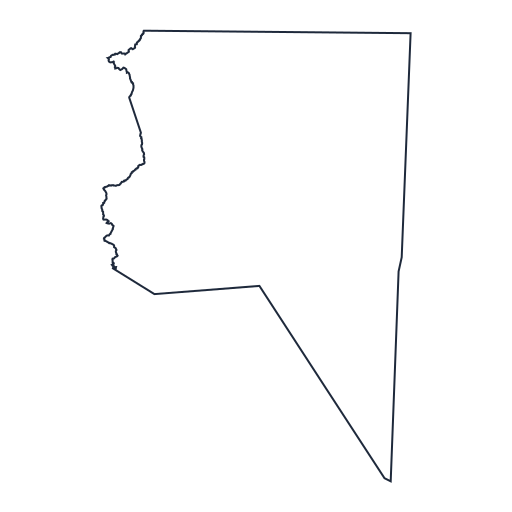 the district of Lago Buenos Aires, Santa Cruz, Argentina
{"feature_id": "61730980B62951780268980", "entity_name": "Lago Buenos Aires", "entity_type": "district", "adm_level": 2, "iso_a3": "ARG", "parent_name": "Argentina", "parent_adm1": "Santa Cruz", "projection": "albers", "projection_center": [-71.373, -47.161], "detail": "fine", "context": "isolated", "style": "outline", "palette": "slate", "viewbox_px": 512, "rotation_deg": 0, "n_neighbors": 0, "source": "geoboundaries", "source_scale": "gbopen_adm2", "svg_char_len": 5790}
<svg xmlns="http://www.w3.org/2000/svg" viewBox="0 0 512 512"><path d="M143.9,30.7L143.6,31.0L143.5,31.3L143.5,31.6L143.4,32.2L143.7,32.7L143.7,32.9L143.3,33.3L143.3,33.7L143.1,34.0L142.8,34.1L142.5,34.1L142.3,34.4L142.2,34.3L142.0,34.5L142.1,34.9L142.0,35.2L141.2,35.6L140.9,35.9L140.9,36.0L141.0,36.1L140.9,36.4L141.1,36.9L140.9,37.3L140.8,37.9L140.8,38.4L140.2,38.8L140.1,39.2L139.7,39.7L139.9,39.9L139.8,40.1L139.6,40.2L139.3,40.7L139.0,40.9L138.7,40.9L138.5,41.3L138.2,41.4L138.1,41.7L137.9,41.8L137.7,42.0L136.9,42.5L136.8,42.9L136.9,43.8L136.8,44.2L136.2,44.2L136.0,44.3L135.6,44.4L135.2,44.5L135.2,45.2L135.0,45.7L134.9,46.6L135.1,47.1L135.1,47.5L135.0,47.8L134.5,48.2L133.9,48.5L132.8,49.2L132.4,49.2L132.2,48.9L131.8,48.5L131.1,48.1L130.2,48.6L129.8,49.1L129.4,49.3L128.6,50.0L128.6,50.7L128.8,51.2L128.9,51.6L128.7,52.0L127.4,52.7L126.9,53.2L125.9,53.6L125.6,54.1L125.2,54.4L125.0,54.0L124.6,53.6L124.3,53.5L121.9,53.6L121.6,53.4L121.4,53.2L121.2,52.5L121.1,52.3L120.8,52.2L119.8,52.2L119.5,52.4L119.2,52.9L118.3,53.3L117.4,54.1L117.2,54.1L116.2,53.8L115.2,53.7L115.0,53.9L114.9,54.2L114.8,54.6L114.2,54.6L113.6,54.9L113.0,54.7L112.7,54.8L111.1,55.7L110.7,56.5L110.6,57.0L109.3,57.3L108.3,57.9L107.8,58.0L108.8,58.9L108.7,59.4L108.9,59.7L108.7,60.2L108.6,60.4L108.9,61.5L110.1,62.3L110.4,62.4L111.1,62.3L113.0,62.0L113.3,61.7L113.9,61.4L114.3,61.4L114.5,61.2L114.3,61.4L113.9,61.5L113.3,61.8L113.2,62.1L113.4,62.6L113.8,63.0L113.9,63.6L115.2,65.8L115.3,66.3L114.8,67.1L115.1,67.9L115.3,68.2L115.3,68.5L116.5,68.2L117.2,67.8L118.5,68.0L119.2,69.1L120.3,70.0L122.1,69.1L122.9,68.3L123.3,67.7L123.6,67.6L124.6,68.0L126.2,69.2L126.6,71.5L126.9,72.1L126.9,72.7L127.4,72.5L127.6,72.2L128.0,72.4L129.0,73.3L129.0,73.7L129.6,74.8L129.6,75.3L130.1,77.8L130.0,78.3L130.0,78.5L130.1,78.8L130.6,79.5L130.7,80.2L131.2,81.3L131.2,81.7L131.9,81.9L131.9,82.7L132.4,82.8L133.1,83.3L133.0,84.1L133.5,85.5L133.5,87.8L132.9,90.4L132.0,92.1L131.5,94.1L131.2,94.2L131.0,94.4L130.9,95.2L130.7,95.2L130.5,95.8L130.1,96.0L129.5,96.7L129.3,97.0L129.2,97.6L140.9,132.7L140.9,133.0L140.5,133.7L140.5,134.2L140.2,135.0L140.1,135.6L140.3,136.3L140.7,136.5L141.2,137.2L141.4,137.3L141.1,138.3L141.6,138.7L141.7,139.0L141.6,139.7L141.9,140.2L141.8,141.8L142.0,142.1L142.2,143.2L142.0,143.9L142.0,144.5L141.5,144.9L141.4,145.1L141.3,146.4L141.5,146.9L141.5,147.3L142.0,148.3L142.1,148.6L142.1,148.9L142.4,149.2L142.2,150.0L142.2,150.5L142.6,151.1L142.8,151.6L143.4,152.2L143.6,152.7L143.8,152.8L144.0,153.2L144.0,153.7L144.1,154.4L143.7,155.0L143.6,155.4L143.5,156.6L143.6,157.0L144.2,157.2L144.3,157.6L144.3,159.2L144.0,159.6L144.0,160.4L144.0,160.9L144.4,161.6L144.5,162.4L144.5,163.0L143.7,163.9L142.9,163.9L142.7,164.2L141.9,164.4L141.6,164.8L141.4,164.8L140.9,165.0L139.9,164.8L139.2,165.3L138.9,165.4L138.6,165.9L138.2,166.1L138.2,166.8L138.3,167.1L138.0,167.6L137.9,167.8L137.4,167.9L137.3,168.4L136.2,168.6L135.9,168.9L135.6,169.6L135.1,169.6L134.4,170.6L133.1,171.2L133.0,171.7L132.4,171.8L131.7,172.3L131.6,172.6L131.7,173.2L131.4,173.4L130.7,174.0L130.4,175.2L129.6,176.8L128.9,177.5L128.6,177.4L128.1,177.8L127.7,178.4L127.7,178.9L127.5,179.1L126.2,179.8L125.6,180.6L124.9,180.4L124.4,180.8L124.1,180.8L124.1,181.4L124.0,181.5L123.0,181.7L122.7,181.9L122.0,181.9L121.7,181.9L121.2,182.9L120.7,183.3L120.6,183.7L119.8,184.3L119.5,184.9L118.7,185.1L117.5,185.1L116.8,185.3L116.2,185.7L115.6,185.8L114.7,185.5L113.6,185.5L113.1,185.1L112.2,185.3L111.9,185.2L111.6,185.5L111.3,185.6L110.7,185.6L109.9,185.2L109.4,185.3L108.8,185.2L108.7,185.3L108.7,185.8L107.8,186.0L107.0,186.6L105.9,186.8L105.2,187.3L104.7,187.1L104.3,187.4L104.0,187.9L103.4,188.2L103.3,188.4L103.7,189.1L104.0,189.4L104.0,189.7L105.3,191.1L106.4,193.2L106.5,194.2L106.4,194.6L106.1,195.2L106.1,195.5L106.5,197.1L106.4,197.8L106.6,198.6L106.6,198.8L105.9,199.5L105.8,199.9L104.8,200.6L104.7,200.9L104.8,201.4L104.3,202.0L104.1,202.5L104.1,202.8L103.6,202.8L103.1,203.0L103.2,203.5L103.1,204.3L103.0,204.6L102.7,205.1L102.3,205.1L101.6,205.5L101.4,205.8L101.5,206.7L101.4,206.9L101.6,207.5L101.6,208.3L101.8,208.8L102.1,209.2L102.3,209.9L102.4,210.3L102.2,210.8L102.3,211.0L102.4,211.3L103.1,211.8L103.1,212.7L103.2,213.3L103.1,214.3L103.5,214.6L104.0,215.8L103.9,216.1L103.5,216.3L103.4,216.7L103.3,217.7L103.1,218.3L103.2,219.1L103.5,219.6L105.2,219.6L106.0,219.5L107.0,219.8L107.9,220.5L108.1,221.0L108.5,221.2L107.7,221.9L106.9,222.5L106.6,223.0L107.5,223.4L108.1,223.3L108.6,223.4L109.0,223.7L110.7,223.1L111.2,223.3L112.0,224.1L112.0,224.5L112.3,225.0L113.2,225.5L113.6,226.0L113.2,227.0L113.1,227.7L112.7,228.5L112.9,229.0L112.3,230.0L111.9,230.9L111.4,231.5L111.2,232.2L110.6,233.2L110.5,233.9L109.7,234.2L108.9,235.5L107.2,235.4L106.1,236.1L104.9,237.4L104.2,237.8L104.1,238.3L103.9,238.8L104.5,239.3L104.5,239.8L104.4,240.5L104.5,240.8L105.7,241.0L107.1,241.7L107.3,242.0L107.8,242.1L109.2,243.2L109.7,242.9L110.4,243.3L111.7,243.7L112.0,244.0L112.7,244.3L113.1,244.6L113.6,244.8L114.1,245.5L114.1,246.5L114.1,246.9L114.1,247.2L115.6,248.1L115.8,248.4L116.0,249.2L116.3,249.5L116.5,250.0L115.8,251.1L115.9,252.2L116.4,253.3L116.3,254.1L116.7,254.5L117.0,254.5L117.2,255.1L117.6,255.7L117.4,256.0L116.9,256.4L115.1,257.1L114.1,258.3L113.6,258.6L113.0,258.8L112.6,258.7L112.4,259.2L112.4,259.8L112.6,260.5L112.6,260.9L112.6,262.4L112.8,262.6L113.4,262.7L113.6,262.9L113.7,263.2L113.8,263.7L113.7,263.9L113.6,264.0L112.9,263.8L112.9,264.0L112.7,264.3L111.9,264.8L112.4,265.3L112.6,265.8L113.0,265.7L113.5,266.0L113.7,265.9L114.6,266.9L115.2,267.2L116.0,267.1L115.8,267.8L115.8,268.5L115.3,268.7L115.4,269.1L115.2,269.2L114.1,268.7L113.5,268.2L112.8,268.0L112.2,267.9L154.4,294.1L259.4,285.9L325.8,388.1L384.5,478.2L390.7,481.3L398.6,271.4L401.7,257.3L410.6,33.2L143.9,30.7Z" fill="none" stroke="#1e293b" stroke-width="2"/></svg>